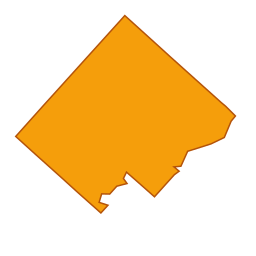 Douglas, Kansas, United States of America, rotated 132°
{"feature_id": "52423323B27680386687598", "entity_name": "Douglas", "entity_type": "district", "adm_level": 2, "iso_a3": "USA", "parent_name": "United States of America", "parent_adm1": "Kansas", "projection": "orthographic", "projection_center": [-95.249, 38.904], "detail": "fine", "context": "isolated", "style": "filled", "palette": "amber", "viewbox_px": 256, "rotation_deg": 132, "n_neighbors": 0, "source": "geoboundaries", "source_scale": "gbopen_adm2", "svg_char_len": 536}
<svg xmlns="http://www.w3.org/2000/svg" viewBox="0 0 256 256"><g transform="rotate(132 128 128)"><path d="M209.3,91.3L198.8,91.2L202.6,99.7L194.6,103.5L189.3,97.4L178.8,97.4L169.9,91.6L168.6,97.6L161.8,99.6L161.6,84.5L161.4,62.3L131.7,62.3L125.9,61.1L126.1,67.8L121.0,63.1L105.4,68.1L84.3,55.7L70.6,50.1L54.0,55.9L47.2,56.2L46.5,70.0L46.7,75.8L46.8,144.0L46.7,164.7L46.6,205.6L132.6,205.8L141.6,205.8L168.7,205.9L209.4,205.8L209.5,178.4L209.4,144.2L209.5,123.7L209.3,91.3Z" fill="#f59e0b" stroke="#b45309" stroke-width="1.5"/></g></svg>